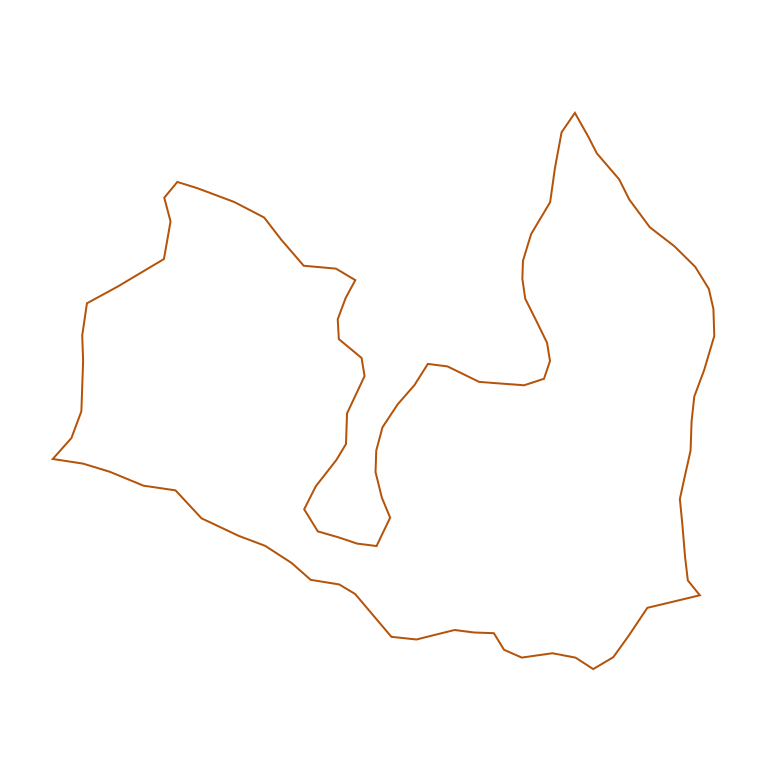 outline of Karavas, Cyprus, rotated 182°
{"feature_id": "46923920B26333175037014", "entity_name": "Karavas", "entity_type": "district", "adm_level": 2, "iso_a3": "CYP", "parent_name": "Cyprus", "parent_adm1": "", "projection": "mercator", "projection_center": [33.214, 35.337], "detail": "fine", "context": "isolated", "style": "outline", "palette": "amber", "viewbox_px": 768, "rotation_deg": 182, "n_neighbors": 0, "source": "geoboundaries", "source_scale": "gbopen_adm2", "svg_char_len": 1375}
<svg xmlns="http://www.w3.org/2000/svg" viewBox="0 0 768 768"><g transform="rotate(182 384 384)"><path d="M202.7,661.6L215.3,641.8L220.7,605.7L224.3,571.5L242.2,539.0L249.4,512.0L249.4,494.0L245.8,474.1L235.0,454.3L222.5,430.9L218.9,412.8L224.3,394.8L244.0,387.6L288.9,389.4L321.2,403.8L340.9,405.6L353.5,384.0L369.6,364.2L384.0,340.7L389.4,317.3L389.4,295.7L382.2,270.4L373.2,250.6L385.8,221.8L405.5,223.6L423.5,229.0L445.0,234.4L459.4,256.0L448.6,279.4L428.9,306.5L419.9,322.7L419.9,353.4L403.7,391.2L407.3,409.2L430.7,427.3L432.5,447.1L425.3,468.7L416.3,486.8L436.0,497.6L468.4,499.4L491.7,524.6L509.6,546.2L540.1,560.7L577.8,573.3L597.6,578.7L610.1,562.5L603.0,539.0L608.3,501.2L633.5,485.0L653.2,472.3L683.7,454.3L687.3,421.9L685.5,396.6L685.5,346.1L694.5,319.1L712.4,297.5L681.9,293.9L655.0,286.7L620.9,274.0L588.6,270.4L561.7,243.4L524.0,227.2L497.1,218.1L470.1,201.9L450.4,185.7L421.7,182.1L405.5,173.1L385.8,151.4L367.8,131.6L342.7,129.8L305.0,140.6L285.3,138.8L265.5,138.8L254.8,122.6L236.8,115.4L206.3,120.8L183.0,117.2L165.0,106.4L145.3,119.0L130.9,140.6L113.0,169.5L61.0,183.9L73.5,198.3L77.1,221.8L80.7,252.4L84.3,279.4L80.7,299.3L75.3,328.1L75.3,357.0L73.5,382.2L64.5,409.2L55.6,443.5L57.4,470.5L62.7,490.4L77.1,512.0L98.6,531.8L123.8,549.9L145.3,576.9L156.1,596.7L179.4,622.0L188.4,638.2L202.7,661.6Z" fill="none" stroke="#b45309" stroke-width="2"/></g></svg>